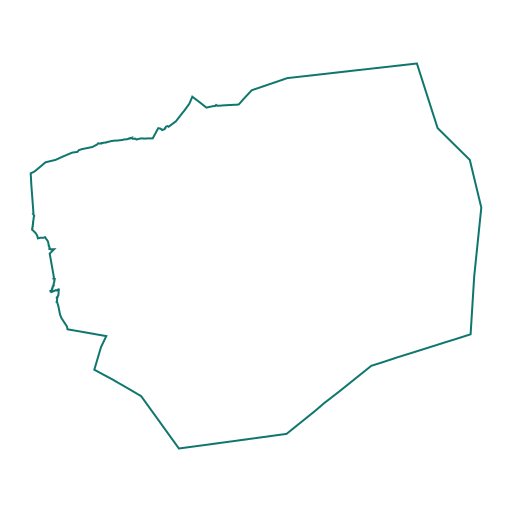 Snåase sma 1, Nord-Trøndelag, Norway
{"feature_id": "86288312B29366905893457", "entity_name": "Snåase sma 1", "entity_type": "district", "adm_level": 2, "iso_a3": "NOR", "parent_name": "Norway", "parent_adm1": "Nord-Trøndelag", "projection": "orthographic", "projection_center": [12.115, 64.195], "detail": "fine", "context": "isolated", "style": "outline", "palette": "teal", "viewbox_px": 512, "rotation_deg": 0, "n_neighbors": 0, "source": "geoboundaries", "source_scale": "gbopen_adm2", "svg_char_len": 4762}
<svg xmlns="http://www.w3.org/2000/svg" viewBox="0 0 512 512"><path d="M286.5,433.9L315.1,410.9L324.3,403.0L339.1,391.6L371.3,365.8L381.8,362.5L396.2,357.7L426.9,348.1L445.5,342.2L452.7,340.0L470.6,334.3L474.2,276.4L481.3,207.6L469.8,159.9L437.6,128.1L416.9,63.5L357.2,70.2L287.3,78.1L251.8,90.2L249.8,92.3L243.1,99.5L240.7,102.3L238.7,104.5L237.0,104.7L233.7,104.8L222.8,105.4L220.4,105.7L219.0,105.7L217.3,105.8L216.5,105.1L216.1,104.9L215.5,105.6L215.3,105.9L212.9,106.2L206.4,107.6L201.0,103.3L192.3,96.7L190.0,102.2L189.1,104.1L188.0,105.5L187.2,106.7L183.5,111.7L182.9,112.3L176.0,121.2L168.8,126.6L168.7,126.4L167.8,126.3L167.4,126.1L166.4,126.5L165.8,126.9L165.6,127.2L165.5,127.5L165.3,127.7L165.2,127.9L165.1,128.0L165.2,128.4L164.9,128.6L164.8,128.9L164.5,129.2L164.3,129.3L164.1,129.4L163.5,129.5L162.8,129.9L162.1,130.1L161.7,129.6L161.7,129.4L161.1,129.2L160.9,129.0L160.4,128.7L160.2,128.5L158.2,128.2L152.7,138.4L147.4,138.4L146.0,138.6L140.9,138.4L136.4,139.5L136.1,139.2L135.9,139.1L135.6,138.8L135.4,138.7L135.0,138.7L134.8,138.8L134.4,138.5L134.1,138.5L133.8,138.7L133.3,138.8L132.6,138.8L132.3,138.6L132.0,138.3L131.7,138.1L131.0,138.0L130.5,138.3L130.4,138.2L130.6,138.0L130.2,138.1L129.6,138.2L129.4,138.5L129.1,138.4L128.6,138.8L128.3,138.8L128.2,138.9L127.9,139.0L127.1,139.2L126.9,139.2L126.6,139.3L126.1,139.3L125.9,139.3L124.4,139.4L123.2,139.8L119.7,140.3L119.0,140.3L117.3,140.6L115.5,140.6L115.1,140.5L114.7,140.7L114.1,140.7L113.7,140.8L112.2,140.9L110.3,141.3L109.7,141.5L108.7,141.7L108.3,141.9L107.7,141.9L106.9,142.2L106.3,142.3L106.1,142.5L105.9,142.4L105.7,142.4L105.4,142.6L104.9,142.6L103.7,142.7L102.8,143.0L102.2,143.0L101.9,143.3L101.4,143.5L101.2,143.3L101.1,143.2L100.8,143.4L100.1,143.6L98.2,143.3L97.1,144.5L92.4,147.0L81.6,149.2L78.8,150.2L77.4,151.9L72.2,152.6L63.0,156.5L55.5,159.9L45.5,162.3L34.9,171.2L33.0,172.3L30.7,173.3L31.3,184.4L31.4,185.8L33.3,211.2L33.2,211.4L33.2,211.7L33.3,212.0L33.4,212.6L33.4,213.1L33.4,213.3L33.4,213.7L33.1,213.9L33.2,214.0L33.4,214.5L33.5,214.8L34.0,215.3L34.2,215.6L34.2,216.0L33.9,216.6L33.8,217.1L33.8,217.3L33.7,217.6L33.6,218.1L33.6,218.6L33.6,218.9L33.6,219.3L33.5,219.6L33.5,219.8L33.4,220.0L33.3,220.5L33.3,221.0L33.2,221.4L33.1,221.5L33.1,221.9L33.1,222.0L33.0,222.4L33.1,222.6L33.2,222.8L33.2,223.1L33.0,223.4L33.0,223.8L33.0,224.1L32.9,224.2L32.9,224.5L32.7,225.0L32.7,225.5L32.7,225.8L32.9,226.2L32.9,226.3L32.7,226.5L32.5,227.0L32.4,227.3L32.3,228.2L32.4,228.3L32.4,228.5L32.2,228.7L32.2,228.9L32.1,229.0L32.1,229.4L32.3,229.8L32.3,230.0L33.0,230.4L35.5,233.0L36.1,233.7L37.2,235.7L37.6,236.9L37.6,237.5L37.9,238.4L39.3,238.0L41.1,237.7L42.7,237.8L43.6,237.7L45.2,237.2L45.8,238.4L46.1,238.9L46.4,239.2L47.2,240.2L47.6,240.9L48.1,241.9L48.3,242.9L48.6,244.9L48.8,245.1L48.8,245.3L48.9,245.5L49.0,245.8L48.8,246.0L48.9,246.4L49.4,247.1L49.6,247.6L49.5,248.0L49.5,248.3L49.4,248.4L49.5,248.7L49.4,248.9L49.4,249.0L50.2,249.0L50.3,249.1L50.4,249.3L50.7,249.4L50.9,249.3L54.1,249.2L49.7,253.6L53.9,277.3L53.8,277.6L53.7,277.8L53.7,278.0L53.6,278.4L53.5,278.6L54.2,278.8L54.2,279.0L54.3,279.1L54.7,279.1L54.5,279.6L54.4,279.6L54.4,279.9L54.5,280.1L54.5,280.3L54.3,280.6L54.4,280.8L54.4,281.2L54.2,281.7L54.2,282.0L54.0,282.7L54.0,282.8L53.8,283.2L53.8,283.5L53.8,283.8L53.6,284.1L53.6,284.3L53.5,284.6L53.7,285.0L53.4,285.2L53.4,285.7L53.5,285.8L53.3,286.0L52.9,286.3L52.7,286.4L52.7,286.7L52.8,286.8L52.7,287.5L52.4,287.7L52.4,287.9L52.4,288.0L52.4,288.3L52.2,288.4L52.1,288.7L52.0,288.8L52.2,289.1L52.0,289.3L52.0,289.5L51.9,289.6L51.8,289.8L51.6,290.1L51.7,290.4L51.6,290.5L51.4,290.3L51.2,290.5L51.2,290.8L51.0,291.0L50.8,291.0L50.9,291.3L50.5,291.3L50.6,291.6L50.9,291.7L51.1,291.6L51.2,291.8L51.3,291.7L51.4,291.8L51.8,291.9L52.3,291.7L52.2,291.6L52.3,291.4L52.6,291.4L53.1,291.1L53.6,291.2L54.2,290.9L55.1,290.5L55.4,290.3L55.5,290.4L55.8,290.4L56.0,290.3L56.3,290.5L56.5,290.4L56.8,290.4L56.7,290.3L56.7,290.2L57.1,290.1L57.3,290.1L57.6,289.9L57.8,289.9L57.9,289.6L58.1,289.5L58.6,289.3L58.8,289.3L58.9,289.6L58.9,289.8L58.6,290.0L58.6,290.3L58.7,290.5L58.6,290.9L58.6,291.3L58.6,291.8L58.7,292.0L58.6,292.5L58.6,293.1L58.5,293.4L58.5,294.0L58.4,294.2L58.2,295.4L58.1,295.6L57.9,295.9L58.0,295.9L57.9,296.1L57.7,296.6L57.7,296.8L57.7,297.1L57.4,297.3L57.2,297.5L56.8,297.6L56.9,298.0L56.8,298.3L57.0,298.6L57.0,298.9L57.1,299.0L57.2,299.3L57.2,299.5L57.1,299.9L57.0,300.3L56.9,300.8L56.9,301.0L56.8,301.5L56.6,301.8L56.6,302.0L56.9,302.0L57.1,302.1L58.4,306.3L60.0,314.5L61.4,318.0L67.0,326.6L67.5,329.3L106.3,336.1L101.3,346.5L101.1,346.8L94.3,369.7L98.6,372.0L103.7,374.8L107.3,376.7L113.1,379.8L116.6,381.9L130.2,389.7L141.2,396.2L150.7,409.4L161.1,423.8L162.8,426.2L178.9,448.5L271.0,436.0L286.5,433.9Z" fill="none" stroke="#0f766e" stroke-width="2"/></svg>